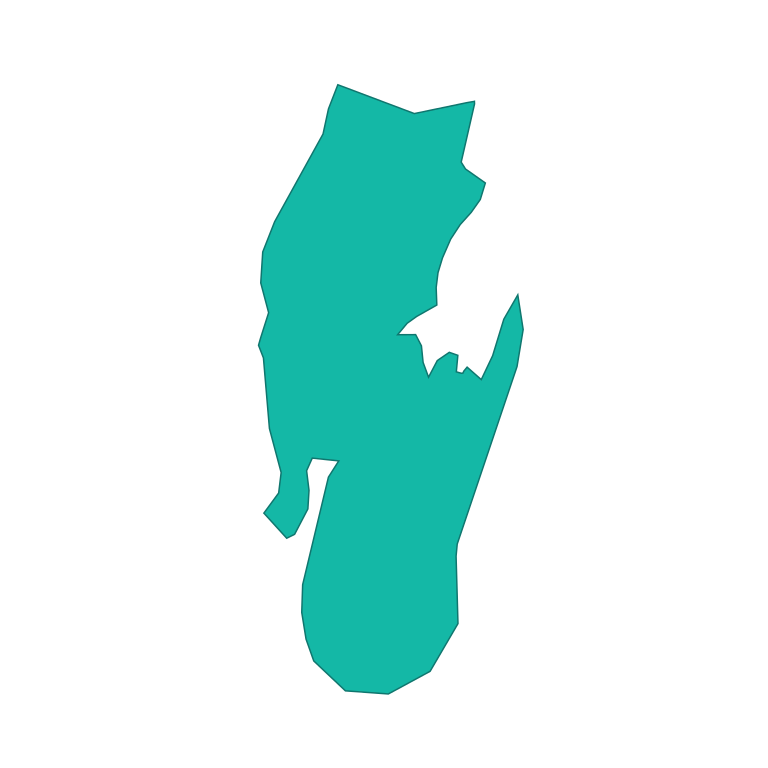 the border of Zanzibar South and Central, rotated 25°
{"feature_id": "TZA-3337", "entity_name": "Zanzibar South and Central", "entity_type": "Region", "adm_level": 1, "iso_a3": "TZA", "parent_name": "United Republic of Tanzania", "parent_adm1": "", "projection": "robinson", "projection_center": [39.422, -6.232], "detail": "fine", "context": "isolated", "style": "filled", "palette": "teal", "viewbox_px": 768, "rotation_deg": 25, "n_neighbors": 0, "source": "natural_earth", "source_scale": "10m", "svg_char_len": 1005}
<svg xmlns="http://www.w3.org/2000/svg" viewBox="0 0 768 768"><g transform="rotate(25 384 384)"><path d="M346.5,89.6L347.7,91.9L360.2,150.3L367.0,154.7L390.9,159.0L393.3,176.1L390.5,191.6L385.7,207.3L383.2,224.5L383.7,244.9L385.9,260.3L390.5,274.5L398.5,290.1L385.1,308.9L379.3,319.2L375.5,333.6L391.8,325.9L401.8,333.6L410.3,347.9L421.5,359.0L422.4,340.2L429.8,327.7L438.8,326.8L444.4,342.4L449.5,341.6L450.9,340.8L450.9,338.6L452.2,333.6L470.3,338.9L470.5,312.4L465.2,274.6L467.6,246.7L487.1,275.8L497.2,312.0L518.0,498.1L522.1,509.6L552.3,569.9L547.2,624.9L518.9,663.1L478.7,678.4L437.4,664.7L421.2,648.2L406.0,625.8L395.1,600.3L373.0,491.9L375.5,472.8L350.3,481.5L350.5,495.3L361.0,512.1L367.8,529.4L366.5,558.0L361.0,564.9L329.7,551.8L334.6,527.3L328.2,507.7L299.0,472.8L263.7,411.3L253.9,401.9L252.7,394.3L249.3,368.1L229.6,344.5L218.3,315.6L216.3,283.1L223.1,183.2L217.4,158.1L215.7,132.3L297.2,126.1L340.2,94.0L346.4,89.7L346.5,89.6Z" fill="#14b8a6" stroke="#0f766e" stroke-width="1.5"/></g></svg>